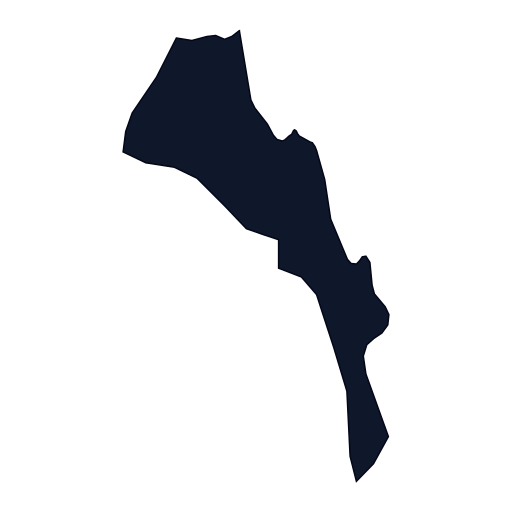 the border of Moroto
{"feature_id": "UGA-3127", "entity_name": "Moroto", "entity_type": "District", "adm_level": 1, "iso_a3": "UGA", "parent_name": "Uganda", "parent_adm1": "", "projection": "natural_earth1", "projection_center": [34.678, 2.605], "detail": "fine", "context": "isolated", "style": "filled", "palette": "ink", "viewbox_px": 512, "rotation_deg": 0, "n_neighbors": 0, "source": "natural_earth", "source_scale": "10m", "svg_char_len": 985}
<svg xmlns="http://www.w3.org/2000/svg" viewBox="0 0 512 512"><path d="M239.4,30.7L239.4,30.8L250.9,100.0L254.8,108.0L267.4,124.1L273.3,135.1L276.9,139.4L282.3,141.0L284.7,140.0L289.2,135.9L290.8,134.9L291.8,134.1L293.5,130.6L294.5,129.8L296.0,130.7L296.9,132.2L297.5,133.8L298.3,134.6L299.1,135.9L310.3,142.1L312.3,142.7L315.0,146.6L316.6,150.6L324.7,179.5L330.7,219.2L347.4,259.3L351.1,263.5L356.5,264.0L359.7,260.6L362.3,256.8L365.9,256.2L369.9,262.4L372.1,285.2L374.4,293.9L385.2,306.8L388.9,314.6L387.8,324.9L381.9,333.0L374.0,338.3L366.8,344.7L363.3,356.0L365.9,374.0L381.2,416.6L388.4,436.6L373.5,463.7L356.4,481.3L350.1,456.3L346.9,391.2L333.7,347.3L322.0,311.4L316.6,294.6L301.4,277.0L278.6,268.2L278.6,239.7L265.3,235.3L246.4,228.7L225.5,206.7L197.0,178.2L174.2,167.2L145.8,162.8L123.1,151.9L125.7,131.5L132.2,113.0L156.5,77.2L176.4,38.0L191.9,40.5L206.9,36.5L215.6,35.5L224.6,39.3L231.9,36.4L239.1,30.8L239.4,30.7Z" fill="#0f172a" stroke="#020617" stroke-width="1.5"/></svg>